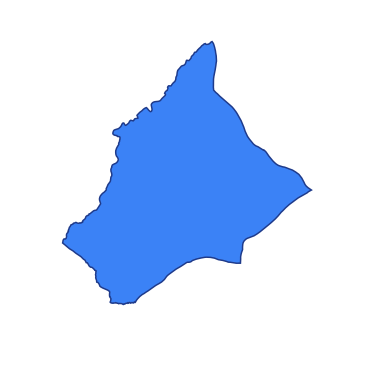 Kuleaen, Preah Vihéar, Cambodia, rotated 33°
{"feature_id": "14789045B31291956543174", "entity_name": "Kuleaen", "entity_type": "district", "adm_level": 2, "iso_a3": "KHM", "parent_name": "Cambodia", "parent_adm1": "Preah Vihéar", "projection": "equal_earth", "projection_center": [104.523, 13.796], "detail": "fine", "context": "isolated", "style": "filled", "palette": "blue", "viewbox_px": 384, "rotation_deg": 33, "n_neighbors": 0, "source": "geoboundaries", "source_scale": "gbopen_adm2", "svg_char_len": 6050}
<svg xmlns="http://www.w3.org/2000/svg" viewBox="0 0 384 384"><g transform="rotate(33 192 192)"><path d="M126.9,54.9L126.3,55.9L125.9,58.0L125.0,59.4L123.5,60.5L122.7,60.5L122.3,60.3L121.9,60.8L121.5,61.2L121.3,62.1L120.6,63.9L120.5,64.2L120.3,66.2L120.1,66.5L120.1,67.0L119.8,67.7L119.8,68.1L119.6,68.5L119.6,69.2L119.4,69.5L119.5,69.9L119.3,70.4L119.4,71.0L119.2,72.3L119.1,72.6L118.8,72.9L118.3,73.2L118.1,73.6L118.4,75.9L117.9,77.7L117.8,78.7L117.9,79.4L118.2,80.0L118.3,80.6L118.2,81.2L117.9,83.4L116.6,84.1L116.0,84.2L115.8,84.5L115.7,84.7L116.6,87.9L116.5,89.1L116.1,90.2L114.9,91.6L114.5,92.5L113.8,97.8L114.4,99.6L115.8,102.5L115.9,102.8L115.9,103.7L116.2,104.8L117.1,106.5L117.4,108.5L117.4,109.0L117.1,109.5L117.0,110.4L116.8,110.8L116.6,112.9L116.7,113.7L116.6,114.4L116.2,114.7L114.7,115.6L114.5,115.9L114.4,117.0L114.5,117.5L115.0,117.7L115.3,118.0L115.5,118.7L115.6,119.6L115.9,120.1L115.1,122.0L115.1,122.4L115.2,123.3L115.2,123.9L115.4,124.3L115.9,124.2L116.5,124.4L116.8,125.1L116.9,125.7L115.9,129.9L115.7,132.1L115.3,133.3L114.4,134.3L111.8,136.4L110.9,137.4L110.3,138.5L110.1,140.0L110.1,140.3L110.4,141.2L113.5,144.4L113.8,145.2L114.0,146.1L113.9,146.6L113.6,147.1L113.2,147.3L111.2,147.0L108.8,146.2L107.7,146.1L106.8,147.5L106.2,149.0L105.7,151.3L104.8,153.6L104.1,157.3L104.1,157.7L105.7,158.7L106.4,159.7L105.8,160.1L104.2,161.7L104.2,162.3L104.0,162.7L104.2,163.5L103.9,164.4L102.1,165.0L101.5,165.3L101.1,166.7L101.4,168.1L101.2,169.3L100.6,171.2L100.2,172.0L99.9,172.3L99.6,172.3L99.1,172.2L97.2,171.3L96.5,171.8L96.4,172.1L96.3,172.9L96.5,174.3L96.6,176.1L96.1,178.1L95.8,178.9L95.5,179.3L93.5,181.7L93.0,182.6L92.9,183.1L93.0,184.1L93.5,185.6L94.0,186.3L94.9,186.6L95.5,186.6L96.5,186.4L98.3,185.6L98.9,186.0L99.3,186.0L100.6,185.3L101.2,185.2L101.6,185.2L101.9,185.5L102.8,186.9L103.0,187.8L103.5,188.7L103.7,189.3L103.9,191.0L104.6,191.9L104.7,192.4L104.7,193.9L104.9,196.4L105.6,199.0L106.6,200.6L107.7,201.9L108.9,202.9L110.5,203.5L111.9,204.3L112.2,204.6L112.6,205.2L112.9,206.1L112.9,208.2L112.2,209.9L111.6,210.6L110.8,212.1L110.5,212.8L110.8,214.3L111.2,214.9L111.4,216.3L111.8,217.5L113.0,219.0L113.8,219.5L115.0,220.7L115.3,221.1L115.9,222.2L115.9,223.6L116.1,224.1L117.6,227.2L117.7,227.8L117.6,230.2L117.5,231.5L117.9,233.6L118.2,235.9L118.7,236.5L118.9,236.9L118.9,237.4L118.5,239.8L117.8,241.6L117.5,242.9L117.3,244.9L117.5,246.5L118.0,247.9L118.8,249.1L121.6,251.4L121.8,251.8L121.8,258.8L121.7,259.1L121.4,259.5L120.4,260.4L119.7,261.4L118.6,264.7L118.5,265.4L118.2,265.9L117.7,266.3L117.6,266.6L117.9,267.3L117.7,268.1L117.3,268.6L117.0,268.7L116.9,269.1L116.7,269.5L116.5,270.1L116.5,270.7L116.6,271.2L116.9,272.0L116.8,273.3L116.3,274.6L116.2,275.1L116.1,275.7L116.3,276.3L116.5,276.4L116.3,277.0L116.5,277.1L116.2,277.6L116.2,277.9L115.5,278.4L115.3,278.9L114.6,279.1L114.2,279.8L113.9,280.0L112.5,280.6L111.6,280.6L111.0,280.9L110.4,282.0L109.6,282.7L109.6,283.7L109.4,283.8L109.1,284.6L108.4,285.4L108.6,287.5L108.4,288.3L109.0,290.4L109.1,291.5L109.3,291.8L109.6,291.9L109.8,292.4L109.6,293.1L110.0,293.6L109.9,294.1L109.7,294.6L109.8,295.7L110.4,296.9L110.9,297.3L111.6,299.1L111.6,299.8L111.4,300.3L110.5,301.0L110.3,301.0L110.2,301.2L110.1,302.0L110.4,303.3L111.0,304.4L111.2,305.2L120.2,306.3L124.3,306.2L127.8,306.6L134.1,306.7L137.4,307.4L139.5,307.5L141.8,308.9L142.1,308.8L142.7,308.4L142.9,308.4L146.2,310.1L147.8,310.3L149.0,309.7L149.9,309.7L151.6,310.1L152.3,310.1L153.0,310.6L153.3,310.6L154.0,310.3L154.3,310.3L154.7,310.6L154.9,311.5L155.6,312.4L156.0,313.7L157.6,315.5L158.0,316.5L158.9,317.1L159.2,317.5L160.0,318.0L161.1,319.4L161.3,319.5L162.3,319.1L162.7,319.2L164.6,320.0L165.9,321.1L167.3,321.3L169.6,321.1L174.8,320.2L176.9,320.3L177.5,320.8L178.4,322.5L179.4,324.0L179.8,324.4L180.2,324.3L180.4,324.5L180.6,325.0L181.8,325.4L182.3,325.9L182.4,326.3L182.6,326.5L183.0,327.5L183.2,327.9L183.2,328.6L183.4,329.0L183.6,329.1L184.3,329.0L184.6,329.1L185.1,328.8L185.7,328.7L185.9,328.4L186.2,328.2L186.6,328.1L187.0,327.5L188.0,327.0L188.2,326.4L188.8,326.3L189.1,326.1L189.4,326.0L189.7,326.1L190.8,325.6L191.2,325.5L191.4,325.6L192.1,324.8L193.7,324.0L194.3,323.8L195.6,323.8L195.8,323.5L195.9,322.8L196.1,322.7L196.3,322.9L196.7,322.5L197.1,321.5L197.4,321.2L198.1,320.6L198.4,319.9L199.0,320.2L199.3,319.8L199.1,319.5L199.4,319.1L199.6,319.3L199.7,319.2L199.9,318.7L200.1,318.5L200.4,318.4L201.1,318.6L201.3,318.2L201.8,317.7L201.8,317.4L202.5,317.1L202.9,317.2L203.5,316.8L203.6,316.5L203.4,316.2L203.8,315.8L203.9,315.2L204.5,315.3L204.4,312.7L204.6,310.9L205.1,308.1L206.1,305.1L207.0,303.4L208.2,300.5L208.9,299.1L212.1,291.0L212.8,289.4L214.1,287.0L215.5,284.1L216.5,280.4L216.7,276.5L217.1,274.8L217.6,273.3L220.7,265.2L223.0,260.7L224.3,257.8L225.9,254.1L226.3,253.5L227.9,252.4L228.5,251.8L229.1,251.0L229.7,249.2L232.1,246.0L235.3,242.6L238.3,239.8L239.6,238.8L243.2,236.7L246.9,235.2L250.9,234.4L252.1,233.9L255.1,232.6L258.9,231.4L260.5,231.1L262.3,230.1L267.9,227.6L271.4,225.3L269.3,221.7L268.1,219.9L267.1,217.6L266.4,215.4L265.8,212.8L264.4,210.7L263.1,208.3L262.6,207.0L262.4,205.7L262.4,204.3L262.9,202.2L263.5,200.9L267.9,194.9L269.4,191.7L270.8,188.1L274.0,178.1L275.1,174.5L276.5,169.2L277.2,165.4L277.8,160.4L278.3,158.4L279.1,154.3L280.4,149.5L284.1,139.5L284.6,138.4L286.5,134.8L289.0,130.0L289.5,128.3L291.1,125.3L286.9,125.2L284.5,124.8L282.6,124.1L280.7,122.9L276.4,120.5L272.0,119.0L268.0,118.8L264.3,118.9L260.9,119.7L258.4,120.2L256.2,120.7L254.3,121.5L250.7,122.5L249.5,122.7L247.5,122.7L245.3,122.4L242.9,121.9L237.1,120.1L232.5,118.2L231.4,117.9L229.3,117.6L229.2,118.0L222.7,118.1L220.6,118.5L219.1,118.5L217.3,118.3L211.1,116.3L208.2,115.1L203.6,112.2L200.1,109.4L194.4,105.5L187.2,101.7L185.2,100.8L181.3,99.4L179.1,98.8L177.1,98.5L163.0,96.5L159.8,95.8L157.9,95.6L154.7,94.8L152.8,92.4L152.4,91.7L150.1,88.1L148.5,85.5L147.3,83.0L144.8,76.7L143.0,72.7L142.0,70.7L141.6,69.8L141.4,69.2L141.1,68.7L138.2,64.7L135.7,62.0L134.9,61.0L132.1,58.3L130.1,56.6L128.9,55.7L126.9,54.9Z" fill="#3b82f6" stroke="#1e3a8a" stroke-width="1.5"/></g></svg>